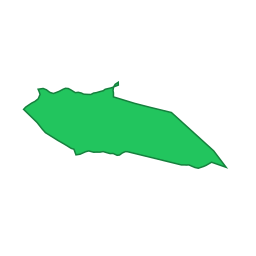 outline of Santa Lúcia, São Paulo, Brazil, rotated 17°
{"feature_id": "56859067B77203657890753", "entity_name": "Santa Lúcia", "entity_type": "district", "adm_level": 2, "iso_a3": "BRA", "parent_name": "Brazil", "parent_adm1": "São Paulo", "projection": "albers", "projection_center": [-48.079, -21.668], "detail": "fine", "context": "isolated", "style": "filled", "palette": "green", "viewbox_px": 256, "rotation_deg": 17, "n_neighbors": 0, "source": "geoboundaries", "source_scale": "gbopen_adm2", "svg_char_len": 1087}
<svg xmlns="http://www.w3.org/2000/svg" viewBox="0 0 256 256"><g transform="rotate(17 128 128)"><path d="M233.3,136.9L216.6,124.8L165.0,100.5L142.5,101.8L127.1,102.5L105.0,102.5L103.8,98.6L102.7,96.5L102.2,93.0L99.9,94.7L97.1,96.3L94.8,97.7L93.4,99.6L90.5,101.4L87.3,103.5L84.8,104.7L82.7,106.8L79.4,107.7L75.7,108.6L73.2,108.2L70.0,108.4L67.3,109.6L64.6,108.9L62.4,108.3L59.4,107.7L56.6,108.3L54.6,109.9L51.4,113.1L49.0,115.0L46.6,116.8L42.9,116.8L38.8,115.3L35.3,115.0L30.7,117.2L32.5,119.3L34.1,121.6L33.6,126.3L31.2,129.8L28.6,132.3L26.4,135.0L24.0,138.0L22.7,140.7L39.4,149.3L46.3,154.1L50.4,156.6L64.6,160.4L71.7,162.0L79.7,164.1L82.5,164.1L86.1,168.9L89.8,167.1L94.4,163.1L97.2,161.4L102.2,161.2L105.1,160.2L108.2,159.3L111.1,157.8L114.3,157.8L118.3,157.7L121.3,156.7L125.6,157.3L127.8,156.3L129.9,153.5L132.3,151.4L134.5,150.8L189.8,147.7L192.0,147.0L194.8,146.3L197.0,145.5L200.6,145.9L203.6,146.2L207.0,145.9L211.5,142.7L213.6,140.9L217.9,136.3L233.3,136.9ZM102.2,93.0L106.2,89.8L105.3,87.1L103.0,89.9L102.2,93.0Z" fill="#22c55e" stroke="#15803d" stroke-width="1.5"/></g></svg>